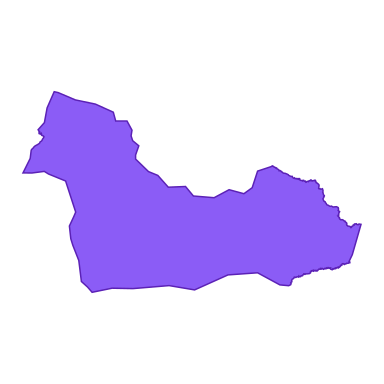 outline of Yero'o, Selenge, Mongolia
{"feature_id": "93677404B71405298722065", "entity_name": "Yero'o", "entity_type": "district", "adm_level": 2, "iso_a3": "MNG", "parent_name": "Mongolia", "parent_adm1": "Selenge", "projection": "equal_earth", "projection_center": [108.137, 49.496], "detail": "fine", "context": "isolated", "style": "filled", "palette": "violet", "viewbox_px": 384, "rotation_deg": 0, "n_neighbors": 0, "source": "geoboundaries", "source_scale": "gbopen_adm2", "svg_char_len": 5818}
<svg xmlns="http://www.w3.org/2000/svg" viewBox="0 0 384 384"><path d="M47.1,107.9L44.4,122.6L38.1,129.7L39.0,131.4L39.3,131.3L39.5,131.4L39.6,131.7L39.5,131.9L39.1,132.3L39.0,133.0L39.1,133.6L39.5,133.8L40.1,133.3L41.2,133.1L41.3,133.4L40.9,133.7L40.8,134.2L41.6,134.4L41.6,135.2L42.0,135.5L43.2,135.9L43.7,136.3L43.9,136.7L43.7,136.9L43.7,137.6L43.4,138.0L42.4,139.3L42.2,140.0L41.7,140.8L41.1,141.3L40.2,141.8L39.5,143.3L37.7,144.5L35.1,145.9L33.7,147.2L33.3,147.9L32.4,148.7L31.6,149.5L31.2,150.3L30.2,158.4L23.0,172.9L31.9,173.0L44.3,171.4L48.5,174.0L65.6,181.0L75.7,212.1L73.6,217.0L69.4,226.0L70.8,238.7L72.8,245.2L78.8,260.5L81.4,281.5L87.5,287.0L92.1,292.3L112.1,288.2L132.9,288.6L169.1,285.6L194.6,289.9L228.0,274.9L257.6,272.8L279.9,284.9L288.7,285.7L290.7,284.7L291.1,283.5L290.8,283.1L290.7,282.8L291.1,282.4L291.2,282.1L291.7,282.0L291.8,281.8L291.9,280.9L291.6,280.4L292.3,279.1L293.2,278.8L293.8,278.3L294.0,278.0L294.1,277.3L294.2,277.2L295.0,277.1L295.8,277.5L296.9,276.8L297.6,276.7L297.9,276.7L298.3,277.1L298.6,277.1L299.0,276.8L299.0,276.2L299.6,276.7L300.4,276.7L300.6,276.6L300.5,276.2L301.2,276.0L301.4,275.7L301.6,275.7L302.4,275.8L302.6,275.7L302.8,275.0L303.3,274.7L303.5,274.4L303.9,274.3L303.9,273.8L304.0,273.8L304.7,274.4L305.0,274.4L305.3,273.8L305.8,274.0L306.5,273.8L307.1,273.9L307.8,273.7L309.1,273.7L309.8,273.4L310.5,272.8L310.3,272.1L311.3,271.5L311.4,271.3L311.1,271.1L311.3,270.7L311.9,270.7L312.5,270.5L312.1,271.0L312.8,271.0L313.5,271.3L314.4,270.6L314.7,270.8L315.3,270.8L315.7,271.0L315.9,271.0L316.0,271.0L316.1,270.4L317.1,271.0L317.2,270.9L317.3,270.5L317.9,270.4L318.1,269.8L318.9,269.3L319.1,269.0L319.9,269.3L320.4,269.2L320.6,268.8L320.6,268.6L321.5,269.1L321.8,268.9L321.7,268.5L322.5,268.5L323.3,269.3L323.7,269.3L324.8,268.4L325.2,268.8L326.1,268.8L326.2,268.6L326.0,268.3L326.2,268.0L326.7,268.3L326.9,268.3L327.1,267.9L327.6,268.3L327.9,268.4L328.1,268.3L328.3,267.6L329.0,267.9L329.6,267.9L329.3,268.1L329.5,268.3L329.9,268.3L330.3,268.1L330.5,268.3L330.5,268.9L330.6,269.1L331.4,269.5L332.4,269.7L332.6,269.5L332.7,269.0L332.9,268.7L333.1,268.7L333.5,269.1L334.0,269.0L334.4,268.5L335.0,268.7L335.3,268.1L335.5,268.2L335.5,268.5L335.8,268.6L336.0,268.4L335.9,267.8L336.1,267.7L336.7,267.9L337.4,267.4L338.1,268.0L338.4,268.0L338.4,267.6L338.1,267.2L338.8,266.9L339.2,267.1L339.5,267.2L340.4,266.3L340.5,266.0L340.4,265.4L340.5,265.3L340.7,265.2L341.7,265.4L341.9,265.2L342.0,264.9L341.8,264.6L341.8,264.3L342.4,263.7L343.7,263.7L343.8,264.2L344.2,264.5L344.5,264.5L344.7,264.4L345.3,263.8L346.0,263.9L346.5,263.3L347.7,263.3L348.4,263.2L349.2,262.8L349.8,262.8L349.9,262.1L349.0,261.8L349.0,261.6L352.3,254.7L361.0,224.4L360.6,224.4L360.4,224.2L359.8,224.2L359.4,224.0L359.1,224.0L358.4,224.3L358.1,224.7L357.6,224.5L357.2,224.6L356.2,224.1L356.2,223.8L355.1,224.0L355.0,223.9L354.8,224.0L354.5,224.0L354.4,224.2L354.1,224.4L354.2,225.0L353.2,225.1L353.2,225.4L352.9,225.7L352.9,225.9L352.5,226.2L351.7,226.4L351.6,226.5L351.5,227.3L351.0,227.6L350.7,227.6L350.4,227.0L350.1,226.5L348.6,226.1L348.2,226.2L347.8,226.1L347.4,225.6L346.9,225.4L346.9,224.9L346.5,224.1L346.6,223.8L346.8,223.7L346.8,223.2L346.5,223.0L346.3,222.6L346.0,222.3L345.2,221.9L345.2,221.6L344.7,221.2L344.8,221.1L343.8,220.7L343.4,220.2L342.5,219.7L340.6,219.7L339.5,218.7L339.7,218.3L339.6,218.0L339.4,217.9L339.3,217.4L338.7,217.0L338.5,216.7L338.4,216.5L338.2,216.4L338.2,216.2L338.3,216.1L338.0,215.9L338.6,215.6L338.4,215.3L338.5,215.1L338.4,214.6L338.8,214.3L338.7,213.6L338.9,213.3L339.0,212.4L339.4,212.2L339.6,211.5L339.0,211.2L338.5,210.6L338.2,210.5L338.4,209.9L338.5,209.0L338.3,208.6L338.4,208.3L338.2,208.0L338.2,207.6L337.4,207.1L336.4,206.7L333.0,207.0L331.5,206.1L330.1,206.3L329.5,206.1L328.4,205.3L327.6,205.1L326.7,204.6L326.2,203.4L325.4,202.6L325.1,201.7L323.9,201.1L323.1,199.4L323.0,198.6L323.8,197.5L323.7,196.7L324.3,196.2L324.4,195.9L324.3,195.5L323.6,195.0L323.1,193.3L323.1,193.0L322.8,192.5L323.0,192.1L322.9,191.7L323.0,190.2L322.5,189.1L322.5,188.8L322.4,188.7L322.0,188.9L321.9,189.0L321.6,189.0L321.2,189.2L320.5,189.1L320.0,188.6L319.2,188.9L318.9,188.7L318.6,188.4L319.0,186.3L318.9,186.2L319.1,185.8L319.0,185.2L319.0,184.9L318.4,184.1L317.3,183.3L317.0,182.9L316.2,182.7L315.9,181.6L315.4,181.4L315.3,181.1L315.6,180.9L315.4,180.3L314.8,180.2L314.2,180.3L314.1,180.5L312.8,180.8L312.4,180.7L312.1,181.0L311.3,180.6L311.3,180.1L311.0,179.9L310.8,179.9L310.5,180.1L310.2,180.7L309.8,180.6L309.0,180.8L308.6,181.5L308.4,181.3L307.1,181.4L306.8,181.7L306.6,182.0L306.0,182.3L305.6,181.9L305.7,181.7L305.2,181.1L304.9,181.4L304.3,181.2L303.8,180.7L303.8,180.4L303.6,180.3L303.0,180.4L302.6,180.9L302.2,180.5L301.9,180.6L300.4,180.3L299.9,179.9L299.9,179.4L299.8,179.1L299.6,179.1L299.6,178.7L299.1,178.5L298.8,178.7L298.4,178.7L298.4,179.0L298.1,178.8L298.0,179.1L297.5,178.9L297.1,179.0L297.0,178.7L296.6,178.5L295.1,178.7L294.7,178.4L294.8,178.1L294.5,177.8L294.1,178.1L293.5,178.2L293.1,177.8L292.4,177.0L292.3,176.4L291.9,176.3L291.5,176.5L291.1,176.5L288.6,175.3L288.4,175.0L288.3,174.7L287.8,174.5L287.4,174.2L286.8,174.0L286.4,173.8L284.8,173.2L284.0,173.3L283.1,173.0L283.0,172.9L282.6,172.4L282.2,172.3L281.7,171.6L281.4,171.6L281.4,171.4L280.6,171.0L280.0,170.9L279.9,170.6L279.7,170.6L279.8,170.5L278.9,170.1L278.1,169.3L277.0,168.8L276.8,168.6L276.8,168.2L276.4,167.9L275.8,167.7L275.7,167.8L275.6,167.6L274.6,167.3L274.6,167.2L274.3,167.1L273.9,166.7L273.3,166.6L272.8,165.9L272.6,165.9L272.7,166.1L257.6,171.1L252.2,187.7L243.9,193.7L229.1,189.7L214.1,197.7L193.4,196.0L185.5,186.5L168.3,187.2L157.8,175.4L148.5,171.6L135.6,159.1L135.6,155.0L138.8,145.8L132.7,140.7L131.1,135.9L132.0,130.2L127.0,121.0L115.7,121.0L113.3,112.2L95.4,104.1L75.3,99.9L58.2,92.6L54.2,91.7L47.1,107.9Z" fill="#8b5cf6" stroke="#5b21b6" stroke-width="1.5"/></svg>